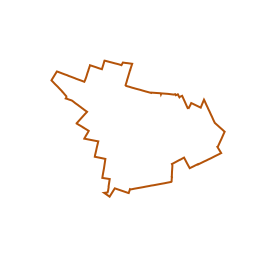 outline of Ianca, Braila, Romania, rotated 125°
{"feature_id": "2599482B90302220331569", "entity_name": "Ianca", "entity_type": "district", "adm_level": 2, "iso_a3": "ROU", "parent_name": "Romania", "parent_adm1": "Braila", "projection": "mercator", "projection_center": [27.484, 45.119], "detail": "fine", "context": "isolated", "style": "outline", "palette": "amber", "viewbox_px": 256, "rotation_deg": 125, "n_neighbors": 0, "source": "geoboundaries", "source_scale": "gbopen_adm2", "svg_char_len": 3438}
<svg xmlns="http://www.w3.org/2000/svg" viewBox="0 0 256 256"><g transform="rotate(125 128 128)"><path d="M146.9,61.6L144.4,63.1L143.2,63.8L143.1,64.0L142.9,63.9L142.5,64.3L142.4,64.4L138.4,67.0L137.2,67.7L134.4,69.4L133.3,70.1L133.0,70.4L132.3,71.4L131.3,70.8L128.7,69.5L124.3,67.3L124.2,67.1L122.5,66.3L120.1,65.1L123.0,59.5L123.7,58.1L125.5,54.4L121.4,52.1L120.0,51.4L119.7,51.2L117.5,50.0L117.7,49.7L115.5,48.5L113.7,47.5L111.5,46.3L109.5,45.1L107.4,44.0L107.3,43.9L105.2,42.7L103.3,41.7L101.2,40.6L99.2,39.5L97.2,38.4L95.1,37.3L92.2,43.9L91.9,43.7L91.7,43.7L85.2,44.9L83.4,45.2L78.9,46.1L75.6,46.7L75.5,47.8L75.2,49.8L75.0,51.7L74.8,53.5L74.5,55.8L74.3,57.6L74.0,59.9L73.8,60.2L73.0,61.7L71.7,63.9L70.7,65.5L69.6,67.5L68.6,69.2L67.7,70.7L66.5,72.9L65.3,74.9L64.3,76.7L62.4,79.9L61.4,81.6L61.2,82.0L62.1,81.8L63.9,81.4L65.8,81.0L67.5,80.6L69.6,80.1L69.9,81.9L70.2,83.8L70.7,86.9L71.0,88.9L71.3,90.5L73.4,90.1L75.0,89.9L76.7,89.7L76.7,89.8L76.6,90.2L77.4,90.6L76.5,92.2L75.6,93.7L73.9,96.5L72.5,98.9L71.6,100.4L70.6,102.1L73.1,103.6L73.3,103.6L72.5,105.3L72.4,105.4L72.2,105.7L71.9,106.2L71.8,106.5L73.4,107.4L73.8,107.7L73.3,108.8L73.7,109.1L74.4,109.7L77.1,114.8L79.9,119.5L80.5,120.5L81.5,120.3L80.8,121.1L81.0,121.5L82.7,124.3L85.7,129.3L86.0,129.2L86.8,131.4L87.3,132.8L88.0,134.7L88.5,136.2L89.1,137.9L89.6,139.5L90.2,141.1L90.8,142.7L91.5,144.6L92.0,146.1L92.6,147.7L93.5,150.6L94.1,152.2L94.6,153.7L94.4,154.5L94.1,154.6L92.6,155.1L91.0,155.6L88.8,156.4L86.9,157.0L79.4,159.5L79.3,159.4L79.0,159.5L78.3,159.8L77.0,160.2L73.0,161.4L73.1,161.6L74.3,163.9L75.1,165.5L75.9,166.9L76.6,168.3L77.3,169.7L80.3,169.4L80.5,170.1L81.0,171.7L81.6,173.4L82.4,175.4L83.2,177.6L83.7,179.0L84.4,180.8L86.2,185.8L86.3,185.9L89.8,184.7L94.8,183.1L95.7,185.9L96.6,189.2L98.2,194.5L98.3,194.8L98.4,195.1L98.6,195.0L99.2,194.8L100.1,194.6L100.6,194.4L102.8,193.8L103.3,193.6L103.5,193.5L106.4,192.7L109.4,191.7L111.8,191.0L112.0,191.0L113.4,190.6L115.2,190.3L116.0,193.5L117.5,199.0L117.6,199.7L118.8,204.4L119.5,206.9L119.5,207.5L120.0,209.3L120.3,210.3L121.3,214.2L121.3,214.3L122.1,217.4L122.3,218.2L122.5,218.7L123.8,218.6L128.9,218.3L130.6,218.2L132.2,218.1L132.9,218.0L133.2,216.3L133.9,212.9L134.6,208.6L134.7,208.4L134.8,207.9L134.8,207.7L134.9,207.4L135.7,203.3L135.9,202.5L136.0,202.5L136.4,200.5L136.7,199.6L136.9,198.7L137.4,196.7L138.3,196.0L139.4,195.9L139.5,195.9L139.0,194.4L138.4,192.1L138.3,191.9L137.9,190.5L137.7,189.8L137.7,188.5L137.8,186.7L137.9,185.3L137.9,185.2L137.9,183.6L137.9,182.3L138.0,180.3L138.0,178.8L138.1,177.3L138.1,175.8L138.2,174.0L138.2,172.4L138.2,170.8L138.3,170.8L141.6,171.3L144.0,171.6L148.9,172.2L151.4,172.5L152.3,172.6L153.7,172.8L153.8,172.7L153.7,171.4L153.6,169.8L153.4,168.0L153.4,167.7L153.2,164.9L153.3,164.9L153.1,162.3L153.1,162.2L152.9,158.9L152.9,158.5L155.8,158.2L157.7,158.1L159.1,158.0L159.5,157.9L161.3,157.8L161.8,157.7L157.1,147.1L156.0,144.7L158.7,143.6L161.8,142.4L165.1,141.0L169.4,139.3L170.6,138.7L168.7,134.4L166.3,128.8L170.9,126.5L174.7,124.6L178.4,122.9L181.4,121.5L183.6,120.4L180.3,113.7L187.2,110.3L187.4,110.0L190.9,108.3L192.5,107.8L194.8,110.3L194.8,103.7L185.0,104.2L181.4,91.7L181.1,90.6L180.9,90.1L176.9,91.3L176.7,90.5L175.6,89.4L174.1,88.0L173.9,87.8L171.3,85.2L169.6,83.5L167.6,81.5L165.9,79.9L163.4,77.4L162.1,76.2L161.7,75.8L160.2,74.2L154.6,68.7L152.3,66.4L150.5,64.7L147.4,61.7L147.1,61.6L146.9,61.6Z" fill="none" stroke="#b45309" stroke-width="2"/></g></svg>